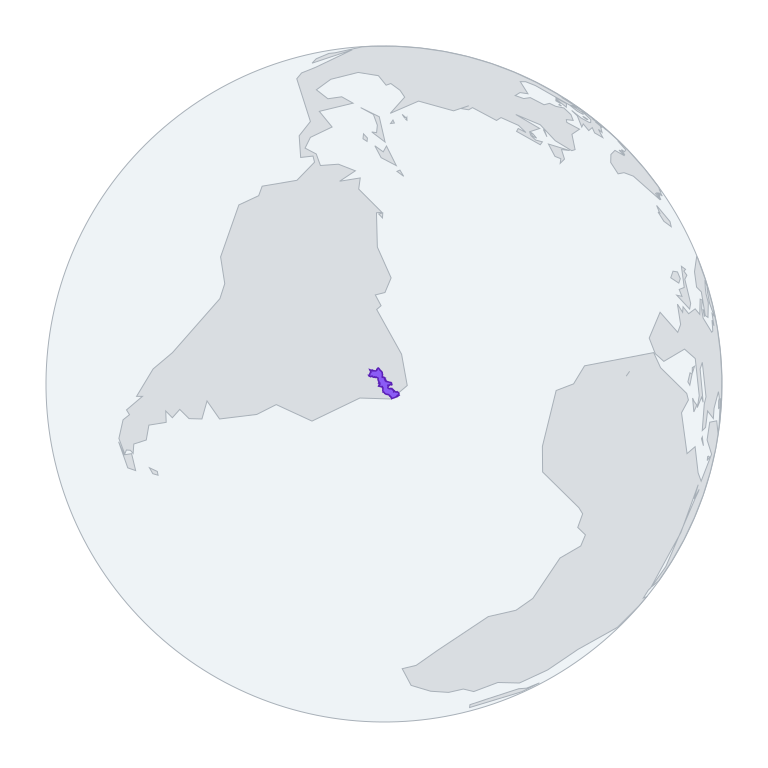 Pernambuco on an orthographic globe, rotated 51°
{"feature_id": "BRA-1313", "entity_name": "Pernambuco", "entity_type": "State", "adm_level": 1, "iso_a3": "BRA", "parent_name": "Brazil", "parent_adm1": "", "projection": "orthographic", "projection_center": [-37.928, -8.379], "detail": "fine", "context": "on_globe", "style": "filled", "palette": "violet", "viewbox_px": 768, "rotation_deg": 51, "n_neighbors": 0, "source": "natural_earth", "source_scale": "10m", "svg_char_len": 11335}
<svg xmlns="http://www.w3.org/2000/svg" viewBox="0 0 768 768"><g transform="rotate(51 384 384)"><circle cx="384" cy="384" r="338" fill="#eef3f6" stroke="#a8b0b8"/><path d="M268.4,66.5L269.0,66.5L277.4,63.7L273.1,65.6L283.6,62.0L285.8,60.9L291.2,59.2L296.4,57.9L291.8,59.6L288.6,60.5L290.0,60.4L285.5,62.0L290.6,60.4L284.5,63.4L298.2,58.7L299.7,59.6L293.6,62.1L284.3,64.1L247.2,78.6L238.2,83.7L234.8,87.8L249.0,89.5L243.1,94.9L242.4,100.5L250.1,95.8L253.5,90.1L267.7,83.9L270.1,78.7L276.3,75.8L282.7,70.5L292.3,69.2L298.2,71.1L293.3,75.9L295.7,77.3L309.0,71.7L308.2,80.8L322.1,88.0L320.8,91.3L302.7,97.8L280.9,99.4L257.5,112.0L283.4,102.2L279.6,112.1L283.4,113.5L289.9,112.6L295.5,108.5L296.4,112.0L271.1,122.0L269.9,118.9L277.9,115.4L267.7,116.7L250.6,125.4L250.0,130.7L224.9,141.3L224.2,145.6L218.3,150.9L221.1,143.0L215.5,158.0L185.9,179.1L177.6,208.8L174.1,187.4L165.8,186.7L154.8,189.6L153.1,194.3L140.9,194.3L125.6,208.0L113.7,233.6L112.8,251.4L127.0,248.1L134.2,236.1L146.3,231.3L131.4,262.7L151.6,262.6L146.0,286.0L151.0,296.9L162.6,291.9L174.2,295.9L184.5,281.1L200.3,272.1L198.5,290.9L208.9,272.8L216.6,281.0L249.2,277.6L246.2,282.1L273.4,303.0L306.0,311.7L313.5,325.7L309.3,334.7L321.3,337.0L321.5,342.8L371.9,351.6L399.8,366.9L400.3,387.7L379.7,411.6L367.5,463.3L332.2,480.7L327.6,502.0L307.7,533.8L285.8,532.2L296.6,547.5L288.2,557.3L275.2,558.7L277.0,569.7L267.6,570.6L276.7,577.4L268.0,592.6L277.9,604.0L273.2,616.2L280.1,622.7L275.9,622.8L273.2,625.7L275.2,629.5L259.5,624.3L247.6,609.3L247.7,601.1L242.1,600.4L241.6,579.5L237.9,584.1L227.0,554.0L226.5,528.6L214.4,457.8L205.8,444.6L182.4,431.0L153.5,384.1L158.8,362.9L153.6,354.2L170.9,323.5L167.9,298.4L162.2,295.7L155.5,306.2L137.7,293.7L133.7,276.0L91.9,259.7L90.4,252.3L94.9,237.7L104.3,198.3L89.4,238.0L88.6,232.0L92.4,218.8L95.7,213.8L105.6,194.1L108.1,189.0L113.4,181.6L128.8,162.5L145.5,144.6L163.4,128.0L182.5,112.7L202.7,98.8L223.8,86.5L245.8,75.7L268.4,66.5ZM173.3,219.5L196.6,230.9L180.4,234.9L184.0,231.6L178.7,226.3L167.9,222.6L154.5,228.2L173.3,219.5ZM190.2,200.6L185.9,200.2L190.5,199.4L190.2,200.6ZM277.0,71.7L279.8,71.1L277.1,72.4L277.0,71.7ZM277.2,70.2L272.1,72.2L271.5,71.8L274.6,70.6L277.2,70.2ZM283.6,68.1L270.9,70.9L269.9,70.4L280.9,65.7L283.6,68.1ZM284.3,61.3L282.1,62.3L279.2,62.9L284.3,61.3ZM284.4,61.1L281.1,62.2L276.5,63.6L284.4,61.1ZM302.2,56.1L302.6,56.0L298.3,57.1L293.1,58.6L289.2,59.7L291.5,59.0L302.2,56.1ZM299.8,56.8L306.9,55.0L309.4,54.5L297.2,57.6L299.8,56.8ZM322.1,53.2L317.3,53.8L319.4,53.0L322.1,53.2ZM311.3,54.0L309.4,54.4L308.6,54.6L311.3,54.0ZM318.9,52.4L318.5,52.5L326.9,51.2L325.3,51.7L312.1,53.8L314.0,53.4L318.9,52.4ZM287.9,635.9L261.9,626.6L275.5,630.5L279.3,624.0L295.0,631.5L287.9,635.9ZM301.5,619.0L309.3,615.2L312.7,617.0L308.2,620.1L301.5,619.0ZM709.9,294.5L710.0,303.7L703.2,279.8L668.5,213.7L665.5,207.5L665.0,206.7L664.2,205.4L668.4,215.3L660.0,203.2L686.3,246.8L693.9,265.5L710.2,304.9L710.5,308.2L713.5,317.1L714.6,313.9L716.9,325.8L720.0,355.7L712.3,400.3L709.2,436.7L701.6,466.9L687.6,483.4L679.5,507.8L671.0,514.3L664.3,527.9L652.1,541.1L635.3,552.6L616.7,549.0L622.9,536.1L624.7,509.9L630.4,449.3L642.9,423.8L644.3,403.2L630.0,356.7L633.7,333.0L628.0,322.4L617.4,323.7L609.9,311.3L602.7,310.4L552.2,316.1L532.2,300.2L497.4,254.3L503.2,236.6L496.1,216.7L529.3,154.7L545.4,158.8L581.9,154.7L588.0,157.5L593.6,170.9L628.8,192.3L628.5,181.7L650.7,195.8L659.1,198.7L644.7,173.6L630.8,168.1L618.7,154.9L622.0,148.6L632.7,155.6L628.3,150.8L613.4,137.4L607.5,131.0L607.2,132.4L613.5,137.7L613.5,139.3L607.8,134.6L605.9,132.2L600.4,128.9L610.6,142.8L618.1,149.8L608.6,149.5L620.1,161.4L620.5,166.0L601.1,147.7L596.6,141.8L567.5,123.0L571.3,128.9L599.1,147.5L594.1,145.5L599.5,155.4L591.5,146.4L560.1,126.1L546.0,128.5L542.5,152.3L531.2,154.1L515.2,149.0L502.0,124.3L528.7,123.2L524.4,116.0L506.6,105.7L516.2,106.8L512.2,103.0L521.1,103.0L521.4,94.9L528.6,94.8L517.0,84.9L519.1,83.9L525.4,89.8L533.6,94.5L550.0,96.7L549.7,95.1L540.8,88.9L546.5,91.0L535.8,84.8L539.4,84.8L526.0,80.1L515.3,74.3L511.1,71.4L505.1,69.1L511.9,74.1L516.8,77.1L524.9,80.8L536.1,90.3L533.0,91.3L512.1,79.4L505.4,80.1L492.1,72.0L481.9,61.0L483.4,61.0L506.3,69.0L528.5,78.6L550.1,89.7L570.7,102.4L590.4,116.5L609.1,131.9L626.6,148.7L642.8,166.7L657.7,185.8L671.2,205.9L683.2,227.0L693.7,248.8L702.6,271.4L709.9,294.5ZM528.7,185.1L530.3,190.7L530.3,190.8L528.7,185.1ZM250.3,277.3L254.0,280.7L248.6,281.1L250.3,277.3ZM176.7,242.5L182.4,242.1L184.8,244.5L180.2,246.0L176.7,242.5ZM227.8,237.0L235.0,238.0L226.9,240.1L227.8,237.0ZM200.6,232.3L222.0,237.0L206.3,243.8L193.1,241.2L203.1,238.5L200.6,232.3ZM184.5,210.9L187.7,211.7L185.7,215.0L184.5,210.9ZM193.5,200.2L192.0,200.6L191.1,198.4L193.5,200.2ZM281.0,111.5L283.1,110.8L289.0,110.7L284.9,112.6L281.0,111.5ZM322.8,102.2L323.4,108.2L320.2,104.8L314.7,107.9L301.0,105.2L319.4,92.8L313.5,98.5L322.8,102.2ZM287.9,99.6L294.4,101.8L286.5,100.0L287.9,99.6ZM481.6,85.4L488.6,87.5L491.1,91.4L481.9,94.3L478.2,88.4L481.6,85.4ZM497.9,89.9L479.7,78.8L484.7,77.5L485.0,79.9L490.1,80.2L491.9,84.3L514.4,95.0L518.1,99.3L499.2,100.6L503.4,97.3L496.3,95.1L497.9,89.9ZM424.6,62.1L416.8,59.8L437.7,59.5L442.5,61.8L433.8,64.1L422.8,62.8L424.6,62.1ZM305.5,60.2L301.1,61.2L302.4,60.4L307.1,59.0L305.5,60.2ZM319.7,53.5L325.7,56.2L321.1,57.1L330.2,58.9L321.4,62.3L315.8,60.8L315.9,65.4L307.3,65.5L308.8,68.6L297.2,65.0L289.5,66.0L301.4,63.4L309.7,60.0L310.9,58.9L308.7,56.9L296.3,58.6L302.4,56.4L310.1,54.5L314.1,53.7L308.8,55.2L317.9,53.2L313.3,54.8L319.7,53.5ZM404.6,46.7L401.7,46.6L404.0,46.7L404.6,47.0L409.3,47.8L405.9,47.8L409.2,48.2L409.7,48.8L413.1,49.5L408.1,50.1L411.9,51.2L407.3,50.9L415.2,52.9L407.1,51.8L406.9,53.1L414.8,53.5L379.4,59.4L370.8,64.5L368.0,69.8L354.5,68.4L348.4,63.2L347.8,57.5L358.0,53.5L350.1,54.2L352.6,52.7L357.8,52.8L351.3,51.9L354.8,50.9L354.2,48.8L342.6,49.3L342.1,49.0L348.4,48.3L343.5,48.6L355.0,47.4L354.9,47.3L356.7,47.2L380.7,46.1L404.6,46.7ZM344.5,48.4L343.1,48.6L329.3,50.7L322.1,51.8L325.8,51.1L330.4,50.4L330.6,50.3L330.8,50.3L344.5,48.4ZM589.1,153.0L592.8,154.0L597.2,154.1L600.7,160.8L589.1,153.0ZM567.9,139.1L570.3,138.5L577.4,147.1L573.6,146.5L567.9,139.1ZM565.6,131.5L569.9,137.9L565.3,134.1L565.6,131.5ZM527.1,89.3L529.0,88.9L531.5,90.5L533.3,92.6L527.1,89.3ZM645.8,177.0L646.9,181.0L644.1,178.1L644.3,177.2L645.8,177.0ZM625.4,169.9L633.0,174.6L626.3,171.7L625.4,169.9ZM709.9,470.5L689.3,521.1L687.3,519.0L693.5,502.6L705.6,471.1L710.1,464.6L714.1,451.3L709.9,470.5Z" fill="#d9dde1" stroke="#a8b0b8" stroke-width="1"/><path d="M401.7,379.1L401.9,379.2L402.1,379.3L402.2,379.6L402.1,380.0L402.1,379.9L402.0,379.7L402.0,379.9L401.8,379.6L401.9,380.0L401.7,380.2L401.6,380.3L401.8,380.2L401.7,380.4L401.7,380.7L401.8,380.7L402.0,380.8L402.0,381.2L402.2,381.3L402.1,381.6L402.0,382.2L401.9,382.3L401.8,382.2L401.6,382.0L401.7,382.4L401.8,382.4L401.7,382.9L401.5,383.1L401.4,383.4L401.4,383.7L401.4,383.9L401.4,384.0L400.9,385.2L400.7,385.7L400.7,385.8L400.6,386.2L400.3,386.6L400.2,387.2L399.9,387.1L399.3,387.0L398.8,387.0L398.4,386.9L398.3,386.7L398.2,386.7L397.5,386.9L397.0,387.2L396.9,387.2L396.5,387.1L396.4,387.1L396.4,386.9L395.9,387.0L395.4,387.1L395.2,387.1L394.8,387.3L394.7,387.4L394.5,387.5L394.5,387.8L393.8,388.2L393.7,388.5L393.2,388.9L392.6,388.9L391.8,389.4L391.4,389.3L390.3,389.2L390.1,389.3L389.8,389.8L389.7,389.7L389.4,389.5L389.3,389.4L388.7,389.3L388.3,389.1L387.1,387.9L386.9,387.8L386.6,387.7L386.4,387.3L386.1,387.4L385.7,387.6L385.4,387.5L385.3,387.2L385.2,387.0L385.0,386.9L384.9,386.9L384.7,387.0L384.7,387.5L384.0,388.2L383.8,388.5L383.6,388.6L383.1,388.8L382.8,389.0L382.7,389.2L382.5,389.4L382.2,389.6L382.1,389.4L381.9,388.8L381.9,388.7L381.8,388.4L381.7,388.3L381.8,388.2L381.7,388.1L381.9,388.0L381.9,387.7L381.7,387.6L381.4,387.8L381.2,387.9L380.8,387.7L380.6,387.4L380.8,387.0L380.9,386.9L380.8,386.7L380.5,386.6L380.3,386.7L380.1,386.8L380.1,387.1L380.1,387.4L380.0,387.5L379.9,387.6L379.5,386.9L379.5,386.7L379.1,386.6L378.9,386.4L378.6,386.3L378.4,386.4L378.1,386.4L377.9,386.4L377.6,386.1L377.1,386.0L376.9,385.9L376.7,385.8L376.4,385.6L376.2,385.2L375.9,385.0L375.6,384.9L375.4,384.9L374.2,385.6L373.8,385.6L373.7,385.7L373.7,385.8L373.8,386.2L373.8,386.3L373.7,386.4L373.4,386.5L373.1,386.6L372.7,386.6L372.5,386.8L372.7,387.2L372.6,387.5L372.1,387.9L371.6,388.1L371.3,388.3L371.0,388.3L370.9,388.2L370.7,388.1L370.3,388.3L370.1,389.4L370.0,389.6L370.0,389.8L369.8,389.9L369.6,389.8L369.3,390.0L369.2,390.1L368.9,390.2L368.8,390.4L368.7,390.5L368.3,390.6L368.0,390.5L367.8,390.4L367.5,390.4L367.6,390.2L367.8,390.0L367.9,389.8L367.9,389.5L367.8,389.2L367.5,388.9L367.2,388.7L366.9,388.2L366.7,387.9L366.7,387.6L366.7,387.3L366.8,387.0L366.7,386.8L366.5,386.7L366.4,386.8L366.3,386.7L366.2,386.6L366.1,386.4L365.7,386.5L365.5,386.4L365.5,386.1L365.4,386.0L365.2,386.0L364.8,386.1L364.6,386.2L364.4,386.2L364.2,386.2L363.9,386.1L364.5,385.8L364.9,385.6L365.0,385.5L365.2,385.1L365.6,384.9L365.7,384.7L365.9,384.5L365.9,384.3L366.1,384.3L366.4,384.3L366.5,384.4L366.7,383.9L366.8,383.9L367.0,384.0L367.2,383.7L367.4,383.6L367.5,383.3L367.9,383.0L368.3,382.6L368.5,382.4L368.7,382.0L368.8,381.3L368.8,380.9L368.7,380.8L368.5,380.6L368.1,380.5L368.0,380.4L368.1,380.2L368.3,379.9L368.3,379.7L368.2,379.5L368.1,379.4L367.9,379.0L367.8,378.8L367.9,378.4L368.1,378.3L368.7,378.2L370.3,378.2L370.9,378.4L371.0,378.4L371.5,378.3L372.3,378.0L372.8,378.0L373.9,378.1L374.0,378.2L374.6,378.7L375.0,378.8L375.3,379.0L375.7,379.1L375.8,379.2L375.9,379.6L376.2,379.8L376.8,380.1L377.1,380.3L377.3,380.9L377.7,380.7L377.9,380.9L378.2,380.4L378.5,380.0L378.8,379.8L379.0,379.7L379.2,379.8L379.3,379.6L379.5,379.5L379.8,379.9L380.0,380.0L380.1,379.9L380.1,380.0L380.2,380.3L380.4,380.3L380.5,380.4L381.0,380.2L381.1,380.3L381.3,380.1L381.5,380.0L381.8,380.5L381.8,380.8L382.1,380.9L382.2,380.7L382.3,380.7L382.5,380.7L382.7,380.4L382.8,380.4L382.9,380.6L383.1,380.7L383.2,380.3L383.4,380.3L383.7,380.4L383.8,380.4L384.0,380.3L384.2,379.9L384.3,379.8L384.8,379.6L385.0,379.5L385.1,379.3L385.3,379.1L385.9,378.8L386.2,378.7L386.4,378.4L386.6,378.2L386.9,377.9L387.0,378.0L387.2,377.9L387.4,377.6L387.9,377.5L388.1,377.6L388.6,377.9L388.8,378.0L389.0,378.2L389.3,378.2L389.3,378.3L389.3,378.5L389.5,378.7L389.4,378.8L388.8,379.1L388.5,379.1L388.3,379.3L388.2,379.4L388.2,379.7L388.4,380.2L388.4,380.4L388.4,380.5L388.1,380.7L388.0,380.9L387.7,381.3L387.4,381.5L387.4,381.8L387.5,381.8L387.7,381.7L387.9,381.7L388.2,381.5L388.5,381.6L388.6,381.8L388.5,382.0L388.7,382.8L389.0,383.1L389.3,383.2L389.4,383.4L389.6,383.4L389.8,383.4L390.2,383.1L390.4,383.1L390.7,383.1L390.8,383.0L391.0,382.8L391.1,382.6L391.4,382.5L391.6,382.3L391.6,382.1L391.4,381.9L391.6,381.6L391.9,381.5L391.9,381.4L392.4,381.3L392.5,381.3L392.6,381.2L392.8,381.1L392.9,380.9L392.8,380.7L393.3,380.7L393.7,380.8L393.8,380.7L394.0,380.5L394.3,380.7L394.6,380.5L394.8,380.5L394.9,380.8L395.4,380.7L395.5,380.7L395.7,380.9L395.7,380.7L395.8,380.6L396.0,380.7L395.9,380.4L395.9,380.2L396.0,380.2L396.0,380.3L396.4,380.3L397.0,380.1L397.5,379.9L397.9,379.8L397.9,379.6L398.1,378.8L398.2,378.6L398.6,378.6L398.8,378.7L399.3,378.3L399.5,378.2L399.8,378.2L400.2,378.3L400.5,378.3L400.9,378.4L401.1,378.7L401.2,378.9L401.6,379.0L401.7,379.1ZM402.0,380.1L402.1,380.3L402.0,380.7L401.8,380.7L401.8,380.4L401.9,380.2L402.0,380.1Z" fill="#8b5cf6" stroke="#5b21b6" stroke-width="1.5"/></g></svg>